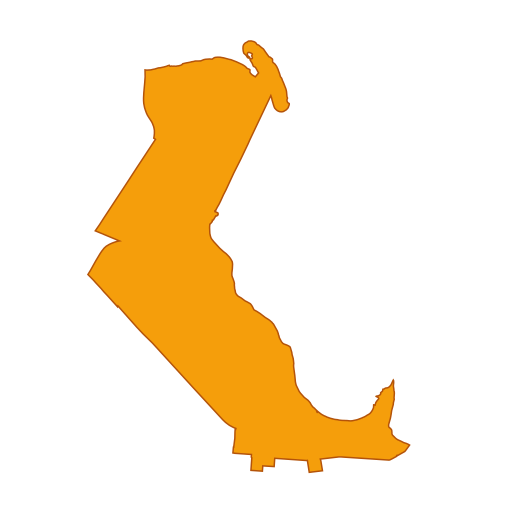 the district of Perth, Western Australia, Australia, rotated 274°
{"feature_id": "25037944B64781294564969", "entity_name": "Perth", "entity_type": "district", "adm_level": 2, "iso_a3": "AUS", "parent_name": "Australia", "parent_adm1": "Western Australia", "projection": "natural_earth1", "projection_center": [115.852, -31.966], "detail": "fine", "context": "isolated", "style": "filled", "palette": "amber", "viewbox_px": 512, "rotation_deg": 274, "n_neighbors": 0, "source": "geoboundaries", "source_scale": "gbopen_adm2", "svg_char_len": 6080}
<svg xmlns="http://www.w3.org/2000/svg" viewBox="0 0 512 512"><g transform="rotate(274 256 256)"><path d="M212.7,103.8L209.7,106.7L206.1,110.6L195.6,121.5L196.5,121.8L176.6,142.1L170.5,148.7L161.9,158.8L120.2,202.6L90.3,234.3L87.9,237.2L86.6,239.2L85.3,241.2L84.3,243.4L83.3,245.7L82.6,248.0L81.7,247.8L82.0,247.3L79.1,247.3L72.6,247.6L71.0,247.5L63.7,247.1L63.7,246.8L57.9,246.7L57.7,248.5L57.7,265.3L55.0,265.3L54.4,265.9L41.8,265.9L41.8,277.4L47.1,277.4L47.2,288.8L55.5,288.8L55.5,320.6L55.7,321.5L43.9,324.2L46.4,337.3L56.1,335.0L57.9,334.3L61.3,352.4L61.5,355.0L61.7,402.9L61.9,403.7L63.3,406.1L66.0,410.3L66.6,410.2L67.0,410.5L67.1,410.9L66.9,411.3L71.3,418.0L72.2,418.7L78.1,422.4L78.8,421.0L79.5,419.1L80.1,416.5L81.3,413.7L82.6,410.2L83.3,408.9L84.0,407.9L86.8,404.7L87.2,404.4L88.5,403.9L89.5,403.9L91.8,403.5L93.3,402.3L94.2,400.9L94.8,400.4L95.3,400.2L96.3,400.1L97.3,400.1L103.6,401.4L107.2,401.8L111.2,402.1L117.5,403.3L119.2,403.3L122.8,403.9L123.6,403.7L124.3,403.6L128.6,403.6L130.2,403.4L131.2,403.0L132.8,402.8L135.5,402.2L136.8,402.1L139.0,402.2L141.1,402.0L141.8,401.6L141.2,401.3L137.2,399.8L136.5,399.4L135.3,398.5L134.8,398.1L133.8,396.7L133.5,395.6L133.5,395.3L133.2,394.2L132.7,393.6L132.3,393.2L132.0,391.9L130.0,391.6L129.5,391.2L129.1,390.6L128.3,389.9L127.8,389.9L127.3,390.1L126.4,389.6L125.7,388.9L125.1,387.8L124.6,386.1L124.6,385.8L124.3,385.6L124.0,386.1L123.8,386.9L123.3,387.9L122.3,388.4L121.7,388.1L120.6,387.2L119.2,386.3L118.0,385.7L115.5,385.2L115.8,384.1L115.8,383.8L115.6,383.7L115.0,383.8L113.4,383.8L112.5,383.7L110.1,382.8L108.2,381.7L107.0,380.8L106.2,379.9L104.5,377.3L104.1,376.9L103.0,375.2L102.5,374.1L101.9,373.1L100.1,369.2L99.5,367.6L98.3,363.3L98.1,361.6L98.1,359.7L98.2,359.2L98.0,353.2L98.1,350.5L98.4,348.7L98.5,345.9L99.4,341.1L99.9,339.4L100.3,337.9L100.9,336.6L101.2,335.5L102.4,332.8L103.3,331.3L105.0,328.8L104.3,328.0L104.9,327.5L105.5,328.1L106.5,326.9L107.0,326.2L108.1,325.1L109.5,323.1L111.5,321.4L113.2,320.4L115.2,318.5L115.8,317.8L118.3,314.0L122.2,310.0L123.8,308.6L129.5,305.3L130.7,304.8L133.1,304.1L139.7,303.0L147.9,301.3L149.9,301.1L151.2,301.2L154.7,300.6L156.5,300.2L160.1,298.9L162.4,298.4L167.2,296.6L167.9,296.1L168.4,295.2L169.1,293.6L169.6,292.0L170.1,290.2L170.7,288.9L172.2,287.4L176.1,285.0L178.0,284.4L179.3,283.8L180.2,283.6L182.7,282.5L189.0,278.4L189.7,277.8L190.2,277.1L190.8,276.7L192.8,274.1L193.6,272.8L195.4,269.4L198.8,264.3L200.9,260.5L202.0,258.0L202.4,257.6L205.5,255.8L206.7,254.9L207.9,253.8L208.5,252.7L210.0,249.5L210.1,248.9L211.0,247.4L213.1,244.2L214.4,241.5L215.3,240.1L215.9,239.7L217.1,238.6L218.1,238.1L219.8,237.7L222.2,236.9L223.3,236.8L225.6,236.4L227.0,236.4L228.5,236.0L231.2,234.9L233.3,233.9L234.9,233.3L237.4,233.1L241.4,233.3L246.1,233.2L247.4,233.0L248.8,232.6L249.6,232.1L251.7,230.7L253.2,229.4L254.5,228.0L256.2,226.1L258.2,223.1L261.3,219.2L267.4,212.8L269.8,210.6L271.2,209.7L272.8,209.1L275.1,208.4L276.6,208.2L281.2,207.7L284.4,207.7L284.4,207.8L285.9,209.0L287.2,209.9L287.5,209.8L287.7,210.0L288.3,210.1L288.6,210.0L289.0,211.0L293.2,213.1L293.1,213.8L293.2,214.0L293.5,214.3L294.0,214.6L293.9,214.9L294.1,215.1L294.9,215.3L295.5,215.3L296.3,215.0L296.6,214.5L296.7,213.8L297.4,212.5L297.3,212.4L297.3,212.2L297.6,212.2L297.8,211.8L298.1,211.7L298.2,211.8L298.3,212.6L299.0,212.8L299.0,212.6L299.9,213.1L302.0,214.0L304.8,215.4L306.8,216.2L308.2,216.8L314.9,219.3L320.0,221.5L337.1,228.0L350.7,233.7L367.4,240.3L371.6,241.8L417.0,259.6L414.4,260.7L413.1,261.0L407.4,263.1L405.4,264.0L404.8,264.4L403.6,265.6L402.5,267.1L402.1,268.0L401.8,268.9L401.6,269.8L401.6,271.6L401.8,272.5L402.1,273.4L402.6,274.1L404.0,276.1L405.8,277.5L406.4,277.8L408.9,278.5L409.8,278.6L410.4,278.5L410.7,278.0L411.0,277.3L411.4,276.9L412.2,276.4L413.4,276.0L414.2,276.0L415.5,276.4L416.1,276.3L417.0,275.8L422.0,275.0L423.5,274.6L424.9,274.1L428.7,272.3L430.8,271.3L433.0,270.1L434.7,269.4L435.5,268.9L436.5,267.9L440.0,266.6L441.0,266.1L443.8,264.9L446.6,263.3L448.7,261.6L449.6,260.4L450.1,259.6L450.5,259.2L451.4,258.9L452.8,258.9L453.7,258.6L455.3,256.3L455.6,255.1L456.0,254.7L460.3,251.1L462.0,249.8L463.0,249.0L464.5,246.7L466.6,243.9L466.9,242.5L467.2,242.1L468.5,241.1L469.0,240.5L469.7,239.0L470.2,236.2L469.9,233.6L469.8,233.4L468.6,231.8L467.8,230.4L466.3,229.2L465.5,228.8L464.1,228.5L462.3,228.5L459.7,228.9L457.6,229.6L457.0,230.2L455.5,232.1L453.6,233.5L453.1,234.1L452.9,234.9L453.0,235.4L453.4,235.7L453.6,235.8L453.9,235.7L454.9,234.1L456.1,233.4L456.9,233.3L457.5,233.3L457.8,233.4L458.4,233.9L458.6,234.4L458.6,234.8L458.4,236.0L458.1,236.8L457.4,238.1L456.9,238.3L456.4,238.2L456.0,237.9L455.4,237.7L453.9,238.5L453.4,238.6L452.8,238.5L452.6,238.3L452.4,237.8L452.3,237.2L452.5,236.7L452.4,236.4L451.9,236.3L451.1,236.5L448.0,238.7L445.3,240.0L444.9,240.4L444.3,242.0L444.1,242.3L441.6,244.0L439.8,245.1L438.8,245.8L434.7,242.8L436.3,239.7L436.8,239.0L437.9,237.8L439.0,237.0L440.3,237.1L441.5,236.9L441.7,236.6L442.3,234.8L442.6,234.0L444.1,232.4L445.4,230.3L446.2,228.6L448.3,223.1L450.1,217.3L450.3,215.6L451.4,210.0L451.8,206.1L451.7,205.4L451.7,204.2L451.3,201.5L450.9,200.5L449.3,198.5L449.3,195.8L449.2,195.2L448.7,191.8L448.2,190.1L446.8,187.3L446.5,184.9L446.3,181.9L445.7,180.1L445.3,178.4L444.6,176.3L443.7,172.7L442.7,169.5L441.6,168.6L441.0,167.5L440.2,165.2L440.1,164.0L439.7,163.2L439.7,161.2L439.5,159.4L439.6,158.2L439.3,157.7L439.3,157.4L439.5,156.6L440.2,156.2L439.7,154.8L439.0,153.4L438.1,150.8L437.1,147.3L436.8,145.4L435.4,141.8L435.0,140.2L434.3,138.0L433.8,134.0L433.9,132.3L427.0,132.9L421.5,132.9L411.1,132.7L405.8,132.8L403.1,133.0L400.3,133.4L396.2,134.5L393.7,135.5L391.0,136.7L389.0,137.8L387.3,139.0L382.5,142.6L381.1,143.4L377.9,144.9L375.5,145.6L374.1,145.9L370.8,146.1L368.3,146.0L366.4,145.8L365.4,147.6L343.7,135.4L336.8,131.5L321.1,122.8L283.2,101.5L276.1,97.6L269.9,93.9L261.5,118.8L260.8,116.2L259.9,113.9L258.8,111.5L257.4,108.9L255.3,105.9L253.2,103.9L250.1,101.8L247.3,100.2L240.0,96.5L230.0,91.8L225.8,89.6L220.4,95.7L218.2,97.9L212.7,103.8Z" fill="#f59e0b" stroke="#b45309" stroke-width="1.5"/></g></svg>